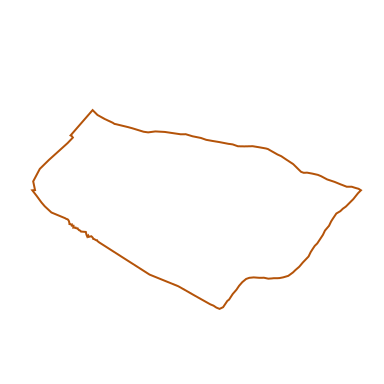 Ondo West, Ondo, Nigeria (Mercator projection), rotated 214°
{"feature_id": "59680162B72514771239598", "entity_name": "Ondo West", "entity_type": "district", "adm_level": 2, "iso_a3": "NGA", "parent_name": "Nigeria", "parent_adm1": "Ondo", "projection": "mercator", "projection_center": [4.735, 6.975], "detail": "fine", "context": "isolated", "style": "outline", "palette": "amber", "viewbox_px": 384, "rotation_deg": 214, "n_neighbors": 0, "source": "geoboundaries", "source_scale": "gbopen_adm2", "svg_char_len": 2220}
<svg xmlns="http://www.w3.org/2000/svg" viewBox="0 0 384 384"><g transform="rotate(214 192 192)"><path d="M297.1,96.4L282.7,99.3L281.1,99.4L279.9,99.8L278.9,99.6L277.7,99.0L277.3,98.7L276.7,98.0L275.9,97.3L275.7,97.0L275.3,97.3L275.1,97.1L274.7,97.2L274.3,97.3L274.1,97.4L273.9,97.6L273.5,97.9L273.4,97.7L272.8,96.9L271.8,97.6L271.4,97.8L270.9,97.0L270.5,96.1L270.1,96.4L269.2,97.0L268.9,97.2L268.8,96.9L267.5,97.3L266.5,97.9L266.3,97.7L266.1,97.5L265.6,97.5L264.3,97.2L264.0,97.4L263.5,97.4L262.8,97.4L262.4,97.2L262.1,97.1L261.9,97.2L261.5,97.3L261.2,97.6L260.9,97.7L257.7,99.5L256.0,97.9L255.5,97.5L253.8,96.4L253.7,97.9L253.2,97.6L252.5,97.1L251.6,98.1L250.7,99.0L249.4,98.8L248.5,98.5L247.6,97.9L247.3,98.2L244.6,98.4L243.7,98.9L243.2,98.5L242.5,98.4L241.6,98.4L241.2,98.3L233.4,98.5L225.0,98.7L181.0,99.8L150.6,106.2L143.0,106.8L132.3,107.6L114.0,109.1L110.6,109.8L107.2,109.8L103.8,110.5L101.8,113.9L101.8,118.7L101.8,121.5L101.1,123.5L101.2,130.3L100.5,135.8L100.5,140.6L99.9,145.4L99.4,147.1L98.5,150.2L96.5,152.9L93.1,155.7L88.4,158.4L84.3,161.2L80.3,162.8L77.6,164.9L76.2,166.1L72.6,168.6L71.4,169.5L68.7,172.2L65.3,176.3L63.3,181.8L62.6,185.2L61.3,190.0L60.7,195.5L60.0,199.6L59.3,203.7L60.0,208.5L60.1,212.6L60.1,216.0L59.4,219.4L59.5,229.7L60.2,234.4L59.5,240.6L60.2,245.4L60.3,248.8L60.3,252.2L60.3,254.9L58.3,259.1L57.6,262.5L56.3,265.9L55.0,272.7L54.3,276.2L53.7,283.8L52.9,287.9L55.7,287.8L57.8,287.1L59.7,286.5L62.5,285.7L66.6,282.9L72.0,281.7L72.7,281.5L79.5,280.1L87.0,278.0L93.8,277.3L97.2,276.6L102.6,274.5L107.4,272.4L110.1,270.4L112.8,269.7L116.2,270.3L123.7,271.7L131.9,271.6L138.0,271.6L142.1,270.9L151.0,270.2L153.0,270.1L155.1,269.4L161.2,266.7L167.3,263.9L174.1,259.1L179.5,255.6L184.9,254.2L187.8,252.8L188.5,252.4L197.2,248.7L203.3,245.9L209.4,243.2L214.8,241.8L222.7,238.5L229.5,236.4L233.5,233.6L248.1,226.6L256.3,221.7L261.7,216.9L265.8,214.9L277.3,211.4L281.4,210.0L288.9,207.2L293.0,205.7L294.3,205.1L296.4,205.1L305.2,203.7L313.4,203.0L320.2,204.3L324.3,171.0L322.8,171.1L321.2,170.5L322.5,162.9L328.5,138.8L331.1,126.1L329.6,112.0L323.2,105.8L325.3,104.1L318.3,101.8L312.5,99.7L310.8,99.1L306.4,97.9L306.0,97.8L297.1,96.4Z" fill="none" stroke="#b45309" stroke-width="2"/></g></svg>